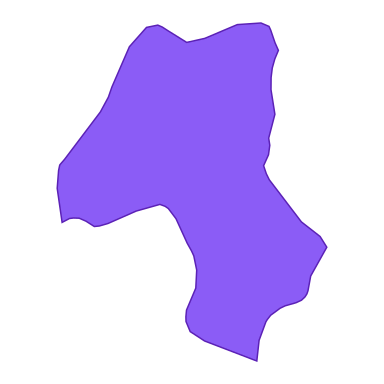 Estelí, Equal Earth projection
{"feature_id": "NIC-664", "entity_name": "Estelí", "entity_type": "Department", "adm_level": 1, "iso_a3": "NIC", "parent_name": "Nicaragua", "parent_adm1": "", "projection": "equal_earth", "projection_center": [-86.387, 13.143], "detail": "fine", "context": "isolated", "style": "filled", "palette": "violet", "viewbox_px": 384, "rotation_deg": 0, "n_neighbors": 0, "source": "natural_earth", "source_scale": "10m", "svg_char_len": 965}
<svg xmlns="http://www.w3.org/2000/svg" viewBox="0 0 384 384"><path d="M326.8,247.2L310.7,276.0L308.0,290.7L306.9,293.9L305.0,296.9L301.5,300.2L296.1,302.7L285.2,305.8L280.2,308.2L270.7,315.2L267.4,319.4L265.9,321.8L259.1,340.3L256.8,361.0L204.6,341.0L190.2,331.6L186.0,321.5L185.9,316.7L186.5,310.1L195.8,288.1L196.7,270.1L193.8,255.9L191.5,250.9L187.2,243.2L176.0,218.7L168.3,208.5L165.1,206.3L159.9,204.4L136.1,211.1L108.0,223.5L99.3,226.0L94.3,226.5L86.0,221.2L79.2,218.2L73.6,218.0L69.5,218.5L62.1,222.4L57.2,188.3L58.6,170.4L59.7,165.2L60.1,164.5L64.6,159.3L100.4,111.9L108.4,97.1L111.9,87.0L129.4,46.7L146.5,27.4L157.8,25.1L162.2,27.0L168.4,31.0L186.7,42.4L204.7,38.4L237.3,24.6L261.0,23.0L269.0,26.4L270.7,30.1L275.0,42.7L278.4,50.4L274.8,59.0L272.3,67.9L271.1,77.5L271.0,89.7L274.9,114.3L268.7,138.1L269.8,145.3L268.5,154.8L263.6,165.7L266.3,173.7L269.3,179.8L301.4,221.9L320.1,236.5L326.8,247.2Z" fill="#8b5cf6" stroke="#5b21b6" stroke-width="1.5"/></svg>